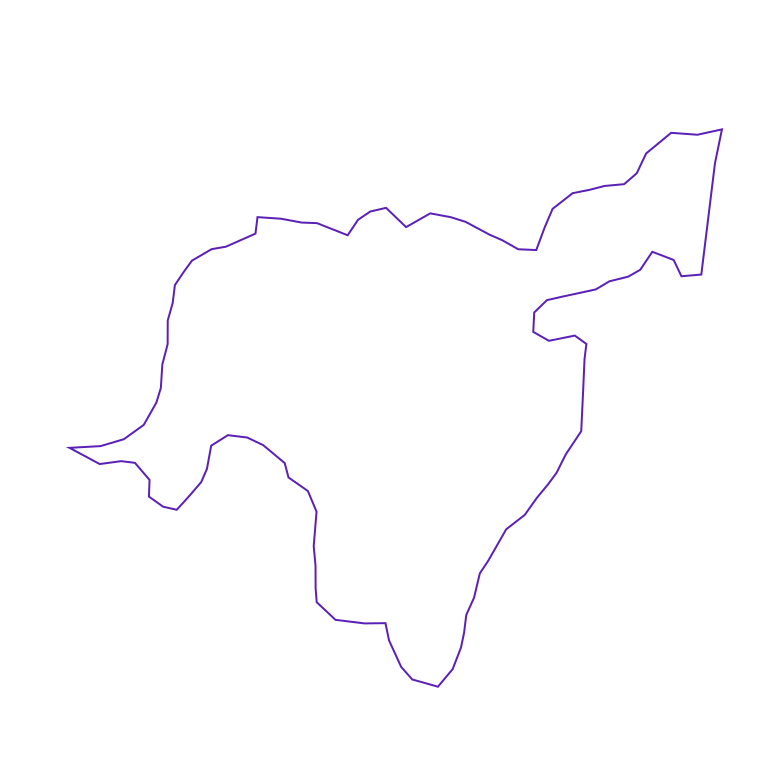 the district of Myrtou, Cyprus, rotated 97°
{"feature_id": "46923920B74910454629938", "entity_name": "Myrtou", "entity_type": "district", "adm_level": 2, "iso_a3": "CYP", "parent_name": "Cyprus", "parent_adm1": "", "projection": "orthographic", "projection_center": [33.074, 35.32], "detail": "fine", "context": "isolated", "style": "outline", "palette": "violet", "viewbox_px": 768, "rotation_deg": 97, "n_neighbors": 0, "source": "geoboundaries", "source_scale": "gbopen_adm2", "svg_char_len": 1463}
<svg xmlns="http://www.w3.org/2000/svg" viewBox="0 0 768 768"><g transform="rotate(97 384 384)"><path d="M311.3,603.6L329.3,603.6L347.3,606.4L370.8,603.6L391.6,606.4L415.1,605.0L430.3,607.7L453.9,617.5L470.5,635.5L480.2,657.8L485.7,688.4L498.1,656.4L492.6,635.5L492.6,621.6L507.8,605.0L524.4,603.6L532.7,588.3L534.1,574.4L520.3,564.6L503.7,553.5L489.8,549.4L466.3,548.0L453.8,532.7L453.8,513.2L459.4,496.5L474.6,472.9L488.4,467.4L499.5,446.5L518.9,435.4L553.5,434.0L572.8,429.8L595.0,427.0L608.8,424.2L624.0,403.4L624.0,374.2L621.2,353.4L637.8,347.8L662.7,332.5L673.8,320.0L677.9,293.6L658.6,281.1L636.4,275.5L621.2,274.2L603.2,274.2L585.2,268.6L560.3,265.8L546.5,258.9L513.3,245.0L496.7,228.3L478.7,218.6L463.5,208.9L451.1,201.9L431.7,195.0L406.8,182.5L369.4,185.3L334.9,188.0L319.6,188.0L312.7,200.5L321.0,225.6L314.1,242.2L294.7,243.6L280.9,232.5L275.4,217.2L264.3,185.3L254.6,172.8L247.7,154.7L239.4,143.6L220.1,133.8L225.6,111.6L240.8,101.9L236.7,82.4L214.5,82.4L185.5,82.4L164.8,82.4L141.2,82.4L124.6,82.4L90.1,79.6L98.4,103.3L99.7,129.6L123.2,151.9L144.0,158.8L156.4,170.0L160.6,189.4L166.1,203.3L171.6,220.0L189.6,238.0L209.0,243.6L232.5,249.2L233.9,267.2L227.0,283.9L222.8,297.8L213.1,322.8L210.3,338.1L209.0,358.9L225.6,381.2L208.9,403.4L214.5,418.7L224.2,429.8L240.8,438.2L232.5,470.1L233.8,485.4L232.5,506.3L233.8,529.9L250.4,529.9L267.0,557.7L271.2,571.6L285.0,589.7L297.5,596.6L311.3,603.6Z" fill="none" stroke="#5b21b6" stroke-width="2"/></g></svg>